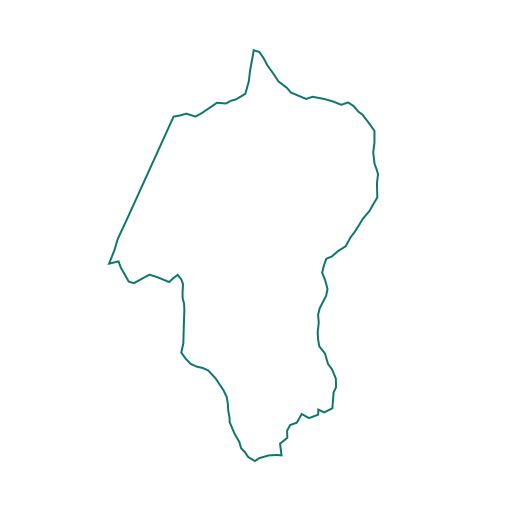 Guaraci, Paraná, Brazil (Albers equal-area conic projection), rotated 295°
{"feature_id": "56859067B97135919226715", "entity_name": "Guaraci", "entity_type": "district", "adm_level": 2, "iso_a3": "BRA", "parent_name": "Brazil", "parent_adm1": "Paraná", "projection": "albers", "projection_center": [-51.689, -22.96], "detail": "fine", "context": "isolated", "style": "outline", "palette": "teal", "viewbox_px": 512, "rotation_deg": 295, "n_neighbors": 0, "source": "geoboundaries", "source_scale": "gbopen_adm2", "svg_char_len": 1677}
<svg xmlns="http://www.w3.org/2000/svg" viewBox="0 0 512 512"><g transform="rotate(295 256 256)"><path d="M187.0,126.1L193.0,133.7L188.3,138.4L182.8,146.2L179.0,151.5L179.8,156.8L194.0,167.3L195.1,175.3L195.7,188.3L200.5,190.2L205.8,193.0L203.2,198.2L199.7,201.7L191.1,205.2L186.5,207.5L182.5,210.9L176.8,213.9L163.1,219.7L146.0,227.1L136.9,229.1L133.1,235.8L130.6,242.5L130.7,249.2L132.0,255.0L132.1,261.0L128.0,271.1L123.7,278.1L120.5,283.4L115.6,289.3L110.0,293.0L104.1,296.2L98.7,300.1L94.2,302.4L85.6,312.0L80.4,319.5L75.6,323.6L73.5,328.9L70.5,333.9L69.7,341.7L74.2,344.4L80.7,351.9L84.2,358.4L86.1,363.4L96.1,357.1L104.4,361.2L110.9,358.0L117.3,358.4L122.1,363.4L132.1,364.2L131.5,372.6L138.5,379.4L143.1,377.4L143.1,383.9L150.3,389.6L156.5,387.2L165.1,384.0L171.0,384.0L178.6,380.2L185.2,373.1L188.7,366.8L196.8,359.7L200.8,351.6L206.7,347.5L213.2,344.0L221.8,341.2L229.0,337.1L235.7,335.8L243.4,336.1L249.6,336.4L256.4,334.7L263.3,328.9L268.8,323.0L275.8,321.6L283.2,320.9L287.8,325.0L295.0,328.2L302.8,333.2L312.8,333.8L319.7,335.3L328.3,336.4L334.8,337.1L345.2,339.9L351.4,340.3L360.3,341.2L373.4,334.7L381.6,332.1L385.8,328.4L389.6,324.5L399.5,318.4L408.7,315.5L419.4,310.5L423.6,303.2L429.1,292.8L430.1,287.7L433.1,281.3L434.1,274.6L429.1,269.4L428.6,260.6L427.2,251.6L424.2,240.0L419.5,235.0L419.2,226.2L418.9,218.4L421.4,213.1L423.7,202.6L428.1,195.5L433.7,185.6L438.8,178.9L442.3,172.8L441.5,167.0L436.1,168.5L421.4,172.3L411.2,175.7L398.5,177.8L389.4,171.6L385.9,167.5L381.5,164.3L378.4,155.9L362.3,146.3L356.8,142.2L355.5,132.6L351.3,127.8L347.5,122.4L237.8,123.5L212.8,123.5L201.7,125.2L187.0,126.1Z" fill="none" stroke="#0f766e" stroke-width="2"/></g></svg>